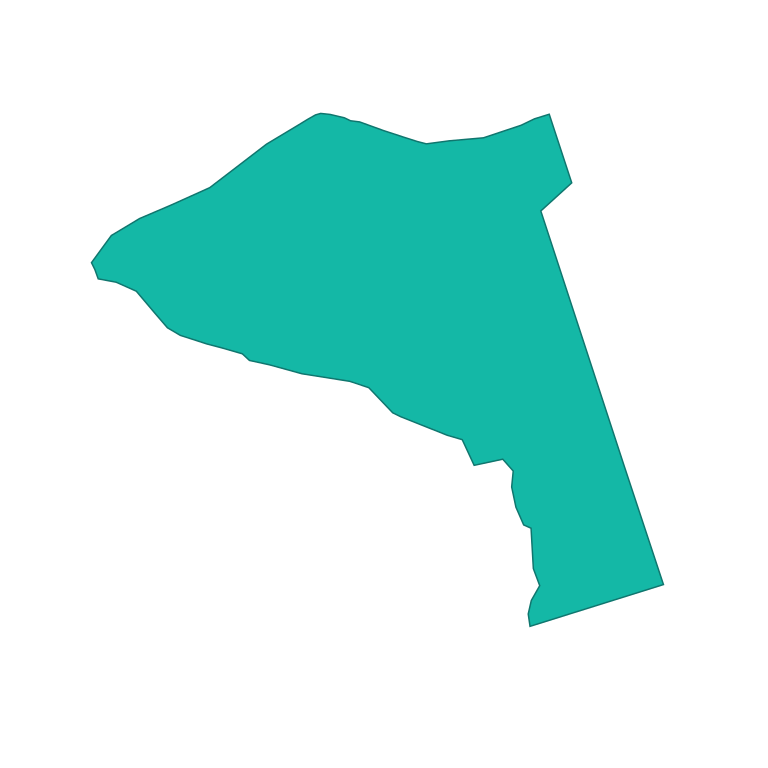 the district of Tassara, Tahoua, Niger, rotated 162°
{"feature_id": "23599985B43997741220428", "entity_name": "Tassara", "entity_type": "district", "adm_level": 2, "iso_a3": "NER", "parent_name": "Niger", "parent_adm1": "Tahoua", "projection": "orthographic", "projection_center": [5.154, 17.489], "detail": "fine", "context": "isolated", "style": "filled", "palette": "teal", "viewbox_px": 768, "rotation_deg": 162, "n_neighbors": 0, "source": "geoboundaries", "source_scale": "gbopen_adm2", "svg_char_len": 891}
<svg xmlns="http://www.w3.org/2000/svg" viewBox="0 0 768 768"><g transform="rotate(162 384 384)"><path d="M421.7,648.4L489.0,624.6L531.9,619.9L565.3,616.9L597.4,609.5L605.6,603.6L624.7,589.8L623.6,582.2L623.3,572.3L607.3,563.6L590.9,548.8L580.0,522.1L572.6,504.4L562.7,493.2L540.2,476.9L527.3,468.6L509.4,456.5L504.7,448.0L487.1,437.7L458.9,419.1L415.7,397.1L399.6,385.2L384.6,353.9L378.2,347.7L339.7,315.7L326.8,306.9L323.4,278.8L294.3,275.8L288.0,261.3L294.4,246.6L296.6,226.1L294.7,206.8L288.7,201.4L299.0,162.3L298.2,144.1L310.8,132.6L317.9,120.7L320.0,108.4L180.2,106.9L180.9,232.3L181.4,500.1L143.3,517.3L143.5,589.5L158.9,589.7L173.7,587.7L213.3,587.4L246.7,595.1L269.5,599.3L277.5,604.4L289.6,613.1L306.3,625.3L326.2,640.8L334.5,644.7L339.4,649.4L351.9,657.0L360.6,660.9L366.0,661.1L374.8,659.3L386.1,656.6L421.7,648.4Z" fill="#14b8a6" stroke="#0f766e" stroke-width="1.5"/></g></svg>